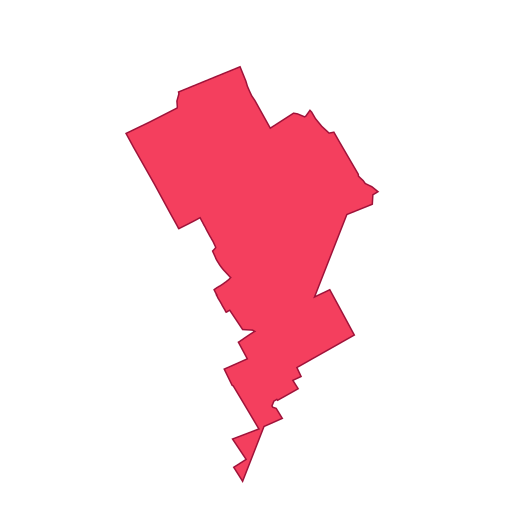 outline of Chikindzonot, Yucatán, Mexico, rotated 326°
{"feature_id": "50627088B66284744299832", "entity_name": "Chikindzonot", "entity_type": "district", "adm_level": 2, "iso_a3": "MEX", "parent_name": "Mexico", "parent_adm1": "Yucatán", "projection": "robinson", "projection_center": [-88.567, 20.253], "detail": "fine", "context": "isolated", "style": "filled", "palette": "rose", "viewbox_px": 512, "rotation_deg": 326, "n_neighbors": 0, "source": "geoboundaries", "source_scale": "gbopen_adm2", "svg_char_len": 2957}
<svg xmlns="http://www.w3.org/2000/svg" viewBox="0 0 512 512"><g transform="rotate(326 256 256)"><path d="M387.1,257.0L387.0,253.5L386.1,249.5L385.6,247.1L386.5,245.4L387.9,224.1L389.0,207.5L389.8,196.9L385.3,195.0L383.0,185.2L382.3,177.6L382.1,175.2L382.6,167.8L382.2,165.4L375.5,167.9L374.1,167.8L369.9,161.4L367.0,158.6L339.3,158.0L341.9,127.8L342.0,126.5L342.0,120.7L342.8,115.7L343.8,110.4L345.4,105.3L348.6,90.2L324.6,85.2L283.5,76.7L282.8,78.4L277.1,83.3L274.1,88.5L273.3,89.2L242.9,85.5L216.8,81.7L215.3,97.3L212.0,139.4L209.0,170.6L208.8,172.8L207.6,186.6L207.2,190.1L207.7,190.3L208.1,190.3L208.3,190.3L209.0,190.4L219.1,191.7L219.3,191.7L221.0,191.9L221.7,192.0L223.4,192.2L223.8,192.2L224.3,192.3L226.3,192.5L227.1,192.6L228.6,192.7L230.4,192.9L231.1,193.0L231.0,193.8L230.9,194.5L230.7,196.1L230.6,197.1L230.6,197.8L230.5,198.6L230.3,199.6L230.3,200.6L230.1,201.4L230.1,202.6L229.9,204.6L229.7,205.7L229.6,206.9L229.4,208.4L229.2,211.0L229.1,211.7L229.0,212.7L228.9,213.7L228.8,216.0L228.7,216.7L228.6,217.8L228.6,218.8L228.5,219.9L228.4,220.6L228.1,222.4L227.9,223.6L227.6,225.6L227.5,225.9L227.3,226.5L227.1,226.6L226.8,226.7L225.2,227.1L224.0,227.4L223.4,227.5L222.8,227.6L222.6,228.5L222.3,230.4L222.0,232.1L221.7,234.0L221.5,234.8L221.3,235.7L221.2,236.6L221.1,237.6L221.1,238.1L221.0,239.2L221.0,239.4L221.0,241.3L221.0,241.6L220.9,241.9L220.9,243.7L221.0,246.3L221.1,247.3L221.1,247.6L221.2,248.7L221.3,249.5L221.4,250.2L221.6,251.3L221.8,252.6L222.1,254.7L222.2,254.9L222.3,255.7L222.4,256.5L222.6,257.8L222.8,258.9L223.0,259.7L221.6,260.0L221.4,260.1L220.2,260.3L219.4,260.4L219.1,260.4L217.5,260.5L217.3,260.6L215.8,260.6L215.1,260.6L213.7,260.7L212.6,260.7L211.5,260.7L211.2,260.7L209.6,260.7L208.9,260.6L208.2,260.5L207.2,260.5L206.1,260.4L205.1,260.4L204.4,260.5L204.0,260.4L202.4,260.5L202.3,261.2L202.2,262.2L202.1,262.9L201.9,264.2L201.9,265.4L201.8,266.2L201.4,266.1L201.3,266.8L201.3,267.4L201.1,268.8L200.9,270.1L200.9,270.7L200.9,271.8L200.8,272.3L200.8,273.4L200.8,273.7L200.7,274.5L200.6,275.6L200.6,276.4L200.4,277.6L200.3,279.0L200.2,280.5L200.1,282.2L200.0,283.8L199.8,284.8L199.8,285.3L199.8,285.9L200.3,286.0L201.1,286.1L202.7,286.1L203.9,286.3L203.8,309.5L211.7,315.5L212.8,317.8L212.1,317.7L211.2,317.7L210.3,317.7L207.7,317.6L206.7,317.6L205.2,317.6L204.0,317.6L203.7,317.6L202.5,317.6L201.2,317.6L199.7,317.6L197.6,317.7L196.8,317.6L196.4,317.6L195.0,317.7L194.2,317.7L193.5,317.6L193.2,317.6L191.3,336.4L166.4,332.0L163.9,349.8L164.5,351.0L163.5,369.8L161.7,400.8L161.7,401.0L134.2,394.6L134.1,419.1L119.4,418.7L119.0,433.0L118.9,435.3L167.3,401.8L187.0,405.3L187.0,405.1L187.5,393.6L185.3,390.7L185.4,389.2L189.7,386.3L193.1,386.5L193.2,387.7L216.7,389.6L217.0,379.7L226.0,381.1L227.5,371.3L293.3,376.5L296.7,342.0L298.3,325.2L291.4,324.2L291.0,324.1L281.6,322.7L295.9,312.8L354.5,272.4L381.4,278.1L387.1,270.6L393.1,270.9L390.9,263.6L387.1,257.0Z" fill="#f43f5e" stroke="#9f1239" stroke-width="1.5"/></g></svg>